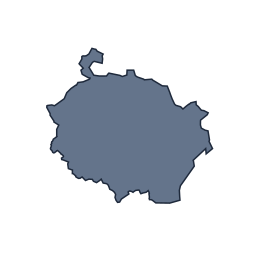 Kajuru, Kaduna, Nigeria, rotated 245°
{"feature_id": "59680162B79502957035648", "entity_name": "Kajuru", "entity_type": "district", "adm_level": 2, "iso_a3": "NGA", "parent_name": "Nigeria", "parent_adm1": "Kaduna", "projection": "albers", "projection_center": [7.809, 10.253], "detail": "fine", "context": "isolated", "style": "filled", "palette": "slate", "viewbox_px": 256, "rotation_deg": 245, "n_neighbors": 0, "source": "geoboundaries", "source_scale": "gbopen_adm2", "svg_char_len": 3051}
<svg xmlns="http://www.w3.org/2000/svg" viewBox="0 0 256 256"><g transform="rotate(245 128 128)"><path d="M165.6,162.9L169.9,158.4L170.9,157.6L172.5,156.8L178.0,157.6L180.8,151.6L180.4,151.4L176.5,149.3L177.1,144.6L179.1,142.9L185.8,133.9L185.8,133.5L184.2,130.5L187.1,124.2L190.3,119.3L199.4,118.3L199.4,118.5L202.5,123.5L202.7,125.5L197.6,131.9L201.3,134.2L204.3,135.1L205.5,136.7L210.3,132.8L210.4,132.6L212.9,132.1L213.9,130.7L215.4,129.0L211.6,123.8L211.1,120.8L211.5,119.3L212.4,117.6L212.3,116.4L210.0,115.3L208.1,112.6L206.9,110.8L205.6,111.2L201.1,112.7L200.3,109.8L196.1,109.2L195.2,109.8L190.5,113.2L189.3,114.7L188.5,113.8L188.8,106.9L190.0,103.0L190.4,101.9L188.6,99.4L188.9,98.9L188.7,97.7L187.9,93.1L185.9,87.5L185.5,87.0L181.6,82.7L181.4,82.2L179.3,71.3L179.3,70.7L181.1,68.7L182.2,65.3L182.4,64.8L182.4,63.9L181.0,63.1L173.9,63.5L172.6,62.8L165.6,63.8L164.7,63.4L159.9,66.5L156.9,62.8L151.5,60.3L150.9,60.0L150.3,60.0L149.4,55.5L148.4,54.6L147.9,53.9L147.8,53.2L147.4,52.7L146.7,52.4L146.1,52.3L145.9,51.6L145.7,51.2L145.2,51.1L144.6,51.2L144.1,50.8L143.4,50.3L143.2,50.0L142.9,49.7L142.6,49.4L142.3,49.1L141.6,48.9L140.6,49.1L139.8,49.5L139.0,49.5L137.7,49.5L136.8,50.2L136.7,51.1L136.9,52.0L137.1,52.9L137.5,53.7L137.3,54.0L137.4,54.5L137.1,54.6L136.9,54.7L136.7,55.0L136.4,55.2L135.7,55.4L134.9,55.7L134.2,56.0L133.6,56.2L133.2,56.3L132.6,56.3L132.4,56.6L132.0,56.9L131.5,57.0L130.9,57.4L130.3,57.6L129.7,57.6L129.3,57.3L129.1,56.7L129.0,56.3L128.9,55.6L128.8,55.0L127.4,54.6L126.5,55.7L126.0,56.2L122.3,59.7L120.9,58.2L116.4,56.8L114.1,59.1L113.7,59.5L113.4,59.9L110.2,58.3L109.8,59.0L106.6,60.4L106.2,60.1L105.5,60.2L103.3,61.8L102.7,63.2L103.0,65.7L98.4,67.3L98.2,70.9L96.5,74.0L94.3,74.2L91.8,76.4L92.2,79.0L92.4,80.4L92.9,81.7L93.0,82.1L88.6,82.2L86.7,84.9L85.5,85.7L84.1,85.9L82.4,85.8L80.2,85.6L77.9,87.5L75.3,88.6L73.0,88.7L70.6,86.9L67.6,86.6L65.0,87.1L64.4,89.1L66.4,92.0L67.3,97.5L67.8,100.9L68.0,101.0L68.6,100.9L68.9,100.9L69.3,100.9L69.7,101.0L69.9,101.1L69.9,101.3L70.1,101.3L70.2,101.5L70.2,102.1L70.2,102.5L70.2,102.9L70.1,103.2L69.8,103.4L69.5,103.8L68.7,104.7L68.1,105.0L67.6,105.4L67.8,105.8L67.9,106.5L68.2,108.5L67.9,109.5L67.6,110.5L67.1,111.7L66.1,111.9L64.7,111.7L63.0,111.9L62.8,114.0L62.6,115.0L62.1,117.2L62.5,119.2L62.7,119.8L62.2,119.8L61.5,119.9L59.7,119.7L59.5,119.4L59.4,119.1L58.7,119.0L56.1,118.1L55.3,117.4L54.0,117.2L53.2,118.8L52.1,119.6L51.0,120.2L48.4,121.5L42.3,134.1L40.6,144.6L44.1,145.9L49.8,148.2L53.5,151.1L55.2,154.1L65.4,171.9L70.6,173.4L71.2,173.4L76.5,189.7L71.5,187.9L73.6,195.9L81.1,195.8L81.6,195.8L82.4,196.5L82.7,196.8L91.6,199.3L93.4,197.0L96.9,194.4L100.1,194.9L103.8,196.7L104.5,197.2L106.5,205.4L107.9,207.1L111.7,204.1L113.1,202.0L116.4,201.1L117.7,200.8L120.2,199.6L123.2,200.8L124.3,195.5L123.7,193.7L123.9,193.5L123.7,192.4L123.4,191.0L123.1,189.7L122.0,185.8L125.0,184.7L128.4,180.9L130.0,180.3L135.7,180.3L140.0,180.6L143.0,180.9L149.4,181.3L151.7,176.9L161.0,170.6L162.2,170.2L164.8,163.1L165.6,162.9Z" fill="#64748b" stroke="#1e293b" stroke-width="1.5"/></g></svg>